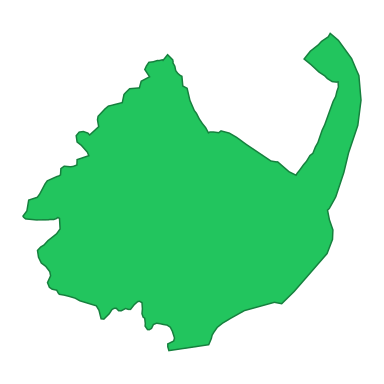 Katsina-Ala, Benue, Nigeria (Mercator projection)
{"feature_id": "59680162B67606782034303", "entity_name": "Katsina-Ala", "entity_type": "district", "adm_level": 2, "iso_a3": "NGA", "parent_name": "Nigeria", "parent_adm1": "Benue", "projection": "mercator", "projection_center": [9.542, 7.289], "detail": "fine", "context": "isolated", "style": "filled", "palette": "green", "viewbox_px": 384, "rotation_deg": 0, "n_neighbors": 0, "source": "geoboundaries", "source_scale": "gbopen_adm2", "svg_char_len": 2493}
<svg xmlns="http://www.w3.org/2000/svg" viewBox="0 0 384 384"><path d="M330.2,33.4L328.3,36.8L321.5,41.4L318.4,44.8L310.4,51.1L304.1,59.0L311.1,64.7L318.9,72.0L324.7,75.8L327.4,78.6L332.2,81.6L336.4,82.1L338.1,81.9L338.4,87.1L336.9,91.4L335.7,96.5L333.2,101.3L324.7,124.8L322.1,130.3L317.9,142.6L315.4,147.0L312.9,153.3L310.0,155.5L306.5,161.3L303.5,164.8L299.7,170.1L297.2,173.2L296.0,175.2L289.1,171.8L277.7,161.9L276.3,161.9L270.9,161.0L246.2,144.4L236.5,137.3L229.3,133.1L221.0,130.9L218.8,132.7L213.4,132.0L209.9,132.0L208.4,132.8L205.6,127.6L202.3,123.5L199.3,119.0L196.4,113.3L194.3,110.6L189.9,100.4L187.1,88.3L182.8,86.0L181.9,76.3L180.0,75.3L177.8,73.4L176.8,72.1L175.7,70.6L174.8,66.2L172.9,62.8L173.1,61.9L172.7,59.8L167.6,54.7L163.0,60.4L162.4,59.8L159.1,60.6L157.4,60.5L153.2,61.8L148.9,62.3L146.4,66.0L144.8,69.5L149.6,76.8L141.2,81.2L139.4,87.9L129.7,88.7L127.4,90.9L125.2,93.1L124.0,94.5L122.3,102.6L108.4,106.1L105.3,108.6L98.1,116.3L97.5,119.7L98.1,123.4L98.7,126.7L89.6,135.0L87.9,133.1L83.3,131.5L79.2,132.1L76.2,135.7L77.1,142.0L81.3,145.3L87.4,152.2L88.8,155.7L77.1,159.6L76.9,165.0L73.3,166.4L70.5,166.8L64.2,166.2L60.9,168.6L60.5,174.9L58.6,176.1L57.2,176.4L47.3,180.8L45.2,183.7L39.8,193.9L37.3,197.3L28.7,200.1L26.9,210.9L23.0,216.1L23.5,217.1L25.6,218.9L36.1,219.9L48.3,219.8L49.8,219.5L53.8,219.5L56.3,218.6L57.9,217.5L59.5,218.4L60.1,228.9L56.6,233.8L48.0,240.6L44.0,245.0L40.7,247.0L37.5,250.4L38.5,257.2L41.3,263.0L45.8,266.4L49.8,271.7L50.6,275.8L47.5,282.6L49.4,287.3L52.1,289.2L56.7,290.2L58.3,293.1L59.3,294.3L64.1,295.1L68.9,296.3L75.0,298.1L79.9,300.8L96.3,305.8L99.0,310.3L101.1,318.8L103.9,319.1L109.2,313.8L112.0,309.5L114.2,308.3L116.3,308.3L118.6,310.7L121.2,310.8L125.6,308.5L128.3,309.4L130.5,309.4L134.2,304.7L137.7,301.6L139.6,301.3L142.0,302.7L142.4,308.8L142.0,313.8L143.2,317.2L144.7,318.2L145.3,323.5L145.1,326.1L147.5,329.6L149.3,329.7L151.5,328.4L153.4,324.5L156.6,323.2L160.6,323.8L163.0,324.4L167.1,325.1L170.3,327.2L172.3,331.1L174.5,338.0L173.7,341.0L167.8,343.9L167.8,346.8L168.9,350.6L208.7,344.7L211.3,338.6L212.1,335.2L213.6,332.6L217.3,327.3L222.6,323.1L230.8,318.2L244.4,310.6L274.4,302.3L281.7,303.7L294.2,291.4L326.6,254.1L327.0,253.7L332.5,239.4L332.9,229.9L331.0,224.4L329.4,219.8L328.6,215.7L327.5,210.1L329.2,208.6L334.6,199.0L335.8,196.7L343.8,172.6L348.6,152.7L357.8,125.4L361.0,100.2L358.9,75.7L358.5,74.7L356.7,70.7L351.6,58.6L338.4,40.4L335.4,37.8L330.2,33.4Z" fill="#22c55e" stroke="#15803d" stroke-width="1.5"/></svg>